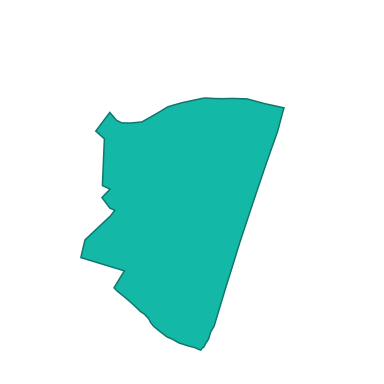 Umraniyya, Al Jizah, Egypt (Natural Earth projection), rotated 133°
{"feature_id": "37247803B30889137034133", "entity_name": "Umraniyya", "entity_type": "district", "adm_level": 2, "iso_a3": "EGY", "parent_name": "Egypt", "parent_adm1": "Al Jizah", "projection": "natural_earth1", "projection_center": [31.189, 29.993], "detail": "fine", "context": "isolated", "style": "filled", "palette": "teal", "viewbox_px": 384, "rotation_deg": 133, "n_neighbors": 0, "source": "geoboundaries", "source_scale": "gbopen_adm2", "svg_char_len": 1284}
<svg xmlns="http://www.w3.org/2000/svg" viewBox="0 0 384 384"><g transform="rotate(133 192 192)"><path d="M133.2,260.0L137.6,262.7L140.4,264.4L146.2,267.8L150.4,269.0L155.2,270.3L161.4,272.2L165.3,273.4L169.6,274.8L174.9,276.4L183.9,284.4L189.4,290.6L191.0,296.0L189.9,306.4L213.1,303.9L212.9,292.3L226.6,280.6L248.4,261.9L245.8,253.9L257.5,254.1L259.8,241.0L259.3,239.7L258.0,236.1L264.9,235.3L273.4,235.9L300.0,237.6L307.0,233.6L313.3,230.0L315.8,228.5L310.4,217.5L305.4,207.3L300.1,196.4L295.8,187.7L297.9,187.3L299.5,186.9L301.7,186.5L315.2,183.7L315.5,179.0L315.0,172.6L314.5,163.5L314.4,155.2L314.6,148.1L313.8,143.6L314.0,140.3L314.1,138.5L314.5,136.3L315.7,133.3L316.3,129.3L316.3,127.2L316.1,123.3L315.8,119.5L315.4,115.3L315.1,112.1L314.6,110.1L313.7,107.8L313.0,106.0L312.0,101.5L311.1,98.0L309.3,94.4L307.3,90.0L303.9,83.9L302.4,79.3L301.7,77.8L299.3,78.0L296.8,77.6L293.7,78.8L291.3,79.0L288.8,79.5L287.3,80.0L285.6,80.9L283.6,81.9L281.6,82.9L275.1,84.3L236.7,103.2L224.0,109.2L195.9,122.8L155.4,141.4L119.5,157.6L102.5,165.0L89.1,170.8L87.4,171.7L71.2,180.4L67.7,182.1L77.9,199.3L78.8,201.0L83.0,209.0L86.2,214.9L87.0,216.0L90.0,219.4L95.9,226.2L102.9,233.3L108.4,239.4L113.8,246.0L116.3,248.2L133.2,260.0Z" fill="#14b8a6" stroke="#0f766e" stroke-width="1.5"/></g></svg>